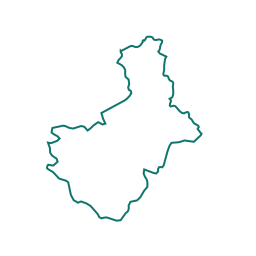 the Voivodeship of Silesian, rotated 200°
{"feature_id": "POL-3146", "entity_name": "Silesian", "entity_type": "Voivodeship", "adm_level": 1, "iso_a3": "POL", "parent_name": "Poland", "parent_adm1": "", "projection": "mercator", "projection_center": [18.978, 50.212], "detail": "fine", "context": "isolated", "style": "outline", "palette": "teal", "viewbox_px": 256, "rotation_deg": 200, "n_neighbors": 0, "source": "natural_earth", "source_scale": "10m", "svg_char_len": 2416}
<svg xmlns="http://www.w3.org/2000/svg" viewBox="0 0 256 256"><g transform="rotate(200 128 128)"><path d="M161.3,198.1L160.9,197.9L160.5,198.1L160.2,198.6L153.9,205.6L153.3,206.1L152.3,206.5L151.5,206.7L149.3,206.6L147.9,206.9L146.7,207.5L145.6,208.5L144.6,210.1L143.5,213.8L143.8,214.2L144.0,214.8L143.8,215.5L143.5,215.8L142.6,215.8L142.4,215.8L141.9,218.0L141.7,219.4L141.1,220.3L138.9,221.2L137.1,221.6L136.3,221.5L135.6,221.2L134.2,220.1L133.5,219.9L131.9,220.2L129.1,221.9L127.2,222.0L125.8,221.8L125.4,220.5L125.7,216.8L125.5,215.2L125.2,213.6L125.1,212.0L125.7,210.2L123.6,208.9L116.4,208.2L116.7,206.3L116.5,204.0L115.4,199.2L115.1,198.2L114.3,196.2L113.9,195.1L113.4,191.3L113.1,190.4L112.0,189.6L110.9,189.8L109.8,190.3L108.7,190.3L107.8,189.8L106.3,188.1L105.4,187.3L104.4,187.0L102.1,186.8L101.1,186.1L100.7,185.3L99.9,182.0L98.2,178.4L97.0,175.0L96.9,172.0L98.9,169.7L97.0,168.6L96.7,167.2L96.9,165.5L96.4,163.4L95.3,162.8L92.5,164.6L90.8,164.6L85.4,161.6L82.5,160.6L79.6,161.0L79.8,161.0L80.0,161.2L80.1,161.4L78.0,163.2L77.0,163.4L75.5,162.2L75.1,161.4L74.6,159.7L74.3,159.0L73.4,158.4L71.7,158.0L70.9,157.6L68.6,155.7L67.5,155.0L62.8,154.2L61.8,153.1L62.3,151.0L58.1,148.2L57.0,147.9L57.1,146.0L61.5,137.5L70.7,135.6L75.0,132.2L82.1,128.9L82.9,125.6L82.9,119.8L81.7,105.1L82.4,102.8L83.9,102.5L85.5,101.7L85.7,99.7L84.9,97.6L85.8,95.0L88.0,94.5L98.6,94.6L97.7,90.5L95.4,88.0L93.0,86.2L91.1,83.5L89.7,79.2L91.4,74.5L92.7,67.3L94.7,63.1L100.4,59.5L100.9,55.4L99.9,53.2L99.5,50.6L100.0,48.8L100.9,47.7L103.4,38.8L107.1,37.0L117.4,36.7L119.8,35.6L122.1,34.0L124.7,34.5L126.9,36.7L136.4,41.9L141.2,42.9L147.0,42.9L149.5,40.7L154.4,41.6L158.8,45.6L165.6,56.5L168.1,57.3L175.4,56.9L183.3,60.9L189.5,62.1L190.4,62.6L190.7,63.9L190.7,65.3L190.4,66.2L185.4,67.1L182.6,72.3L184.6,74.7L190.1,76.2L192.7,78.2L194.7,82.7L198.2,86.9L195.2,87.4L190.2,91.6L188.7,94.8L191.3,96.1L196.3,96.9L198.3,97.7L198.8,100.2L199.0,102.2L189.8,108.0L187.4,108.4L183.4,108.0L179.4,108.7L172.9,113.7L171.0,114.1L169.2,114.1L165.1,111.8L163.2,114.7L161.2,118.8L158.0,123.3L153.1,122.6L150.8,124.4L154.7,128.3L158.1,133.0L140.8,152.5L139.2,154.8L137.6,158.2L136.8,162.0L138.2,163.9L140.2,164.1L141.7,166.1L141.9,169.8L144.1,173.8L147.8,175.2L149.2,177.9L150.4,181.4L152.7,183.6L155.4,184.9L160.4,185.7L160.1,188.7L158.9,191.2L158.3,193.6L159.2,195.6L160.9,196.8L161.3,198.1Z" fill="none" stroke="#0f766e" stroke-width="2"/></g></svg>